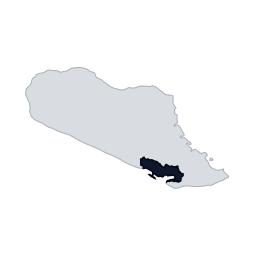 Madagascar, with Analanjirofo highlighted, rotated 98°
{"feature_id": "MDG-5863", "entity_name": "Analanjirofo", "entity_type": "Autonomous Province", "adm_level": 1, "iso_a3": "MDG", "parent_name": "Madagascar", "parent_adm1": "", "projection": "albers", "projection_center": [49.502, -16.347], "detail": "fine", "context": "in_parent", "style": "filled", "palette": "ink", "viewbox_px": 256, "rotation_deg": 98, "n_neighbors": 0, "source": "natural_earth", "source_scale": "10m", "svg_char_len": 6669}
<svg xmlns="http://www.w3.org/2000/svg" viewBox="0 0 256 256"><g transform="rotate(98 128 128)"><path d="M166.9,27.3L167.6,28.9L168.4,30.5L171.0,34.3L172.1,35.8L173.0,37.3L173.5,40.5L175.1,45.3L176.6,52.6L177.0,60.1L177.5,63.5L178.7,66.7L180.6,70.1L181.2,73.8L180.0,77.6L178.3,81.2L177.8,81.9L177.0,82.8L176.7,82.8L175.3,81.9L174.2,80.3L172.8,76.7L172.2,74.9L171.7,74.6L170.0,74.8L168.8,75.9L168.6,76.6L168.8,78.7L169.3,80.5L169.5,82.3L169.5,84.7L170.0,85.4L170.6,86.0L171.3,87.5L171.4,91.1L171.0,93.0L169.8,94.5L169.9,95.4L170.3,96.3L169.9,96.8L168.4,97.5L167.7,98.1L166.9,99.7L165.5,103.0L165.3,104.7L166.2,109.8L166.0,113.4L164.2,120.3L163.3,123.5L161.9,127.4L159.7,132.6L157.6,139.1L155.9,145.7L154.6,149.7L153.1,153.7L151.1,160.6L149.4,167.7L146.8,175.5L143.4,184.1L143.0,185.2L142.3,189.7L141.5,193.5L140.6,197.3L138.7,203.5L138.5,205.5L138.1,207.3L136.2,211.3L135.4,212.7L134.9,214.3L134.6,216.2L134.0,218.1L132.7,221.6L130.7,224.6L129.3,225.7L126.3,227.3L124.7,227.7L121.3,227.8L118.1,228.7L114.7,230.5L111.4,232.5L110.2,233.5L108.8,234.1L104.4,234.3L103.1,233.9L98.7,230.7L97.0,230.2L93.8,229.9L92.8,229.6L91.9,229.2L90.6,227.5L88.0,226.2L87.3,225.7L86.9,224.8L86.6,223.7L85.9,222.5L85.4,220.3L84.5,218.7L82.0,215.9L81.7,215.0L81.5,212.1L81.5,210.0L81.1,206.3L81.4,204.6L82.2,203.0L81.8,201.3L80.8,199.5L80.4,197.7L79.7,196.0L77.1,193.1L76.5,191.6L76.0,190.1L74.9,185.3L74.8,183.6L74.8,180.0L75.1,178.2L75.7,176.9L75.8,175.9L76.2,175.1L76.8,174.4L77.1,173.6L77.9,169.1L79.1,168.0L80.9,167.4L82.3,166.1L83.0,164.5L83.8,161.2L85.9,157.8L86.7,156.1L88.4,153.4L89.9,149.7L90.4,148.0L90.7,146.2L91.0,142.3L91.2,140.3L91.1,138.4L90.2,136.4L87.9,132.9L87.8,132.2L87.9,129.6L87.6,127.6L86.8,125.7L85.7,124.0L84.6,120.6L83.9,115.0L84.0,113.0L83.6,111.2L82.8,109.5L83.3,106.5L89.7,95.5L89.8,94.2L89.5,90.9L89.6,89.0L89.8,88.2L90.3,87.8L91.4,87.6L96.8,87.0L97.5,86.6L98.8,85.7L100.7,83.9L101.5,83.3L102.2,83.5L102.7,84.3L103.3,84.7L105.5,83.8L106.3,83.8L107.2,83.9L107.6,83.2L107.8,82.2L108.1,81.5L108.7,81.1L111.5,80.8L113.3,80.5L115.6,79.7L116.1,79.9L118.0,82.3L118.6,82.5L119.3,82.6L119.9,82.2L118.4,80.9L118.2,80.1L118.2,79.3L119.0,77.5L120.4,76.1L123.4,74.0L126.5,71.6L127.4,71.4L128.2,71.8L128.8,74.6L128.7,75.0L129.2,75.1L129.8,74.7L130.3,73.6L130.3,72.7L129.9,71.7L129.7,71.0L129.7,70.3L131.2,68.6L132.5,67.0L133.1,65.1L133.6,64.2L134.9,63.2L135.3,63.3L135.6,64.1L135.8,65.0L135.4,65.8L134.9,66.7L134.8,67.8L135.5,68.0L136.2,67.7L137.2,65.7L138.4,63.8L139.1,62.8L140.0,62.1L141.4,62.2L142.9,62.6L140.5,60.6L139.9,57.9L142.7,53.1L142.7,52.1L143.1,51.8L143.3,51.4L141.8,49.8L141.5,49.0L141.7,47.8L142.4,46.7L143.0,46.0L143.9,45.7L144.6,46.1L146.2,47.4L147.2,47.6L148.5,46.3L149.5,44.7L151.0,43.6L152.8,42.9L155.5,40.4L157.2,35.2L157.4,33.7L157.0,31.8L156.3,30.1L155.3,27.9L155.6,27.4L157.0,27.7L157.5,27.4L159.1,25.4L161.8,21.7L162.6,21.7L163.4,22.4L163.7,23.4L164.2,24.2L166.0,26.0L166.9,27.3ZM148.5,42.0L148.5,42.6L146.5,42.3L146.2,40.4L147.2,40.3L147.4,39.5L148.0,39.4L148.6,41.1L148.5,42.0ZM172.9,97.7L171.2,100.6L171.6,98.2L173.6,94.7L174.2,94.4L172.9,97.7Z" fill="#d9dde1" stroke="#a8b0b8" stroke-width="1"/><path d="M175.8,82.2L175.5,82.2L174.7,81.6L174.5,81.2L174.3,80.8L174.3,80.0L174.2,79.9L173.8,79.6L173.6,79.4L173.5,79.2L173.4,79.0L173.3,78.8L173.3,78.5L173.3,78.2L173.5,77.8L173.5,77.6L173.4,77.3L173.3,77.2L173.2,77.2L172.9,77.2L172.4,76.5L172.4,76.3L172.5,75.9L172.5,75.6L172.4,74.8L172.4,74.7L172.5,74.6L172.4,74.4L172.0,74.3L171.6,74.5L171.1,74.6L170.1,74.6L169.6,74.7L169.3,75.0L168.4,76.3L168.4,76.7L168.7,77.6L168.7,77.8L168.7,78.0L168.6,78.5L168.8,78.8L169.0,79.0L169.1,79.6L169.3,80.1L169.4,80.9L169.6,81.4L169.8,81.8L169.8,82.0L169.7,82.5L169.2,83.3L169.1,83.8L169.1,84.3L169.2,84.8L169.4,85.3L169.7,85.6L170.7,86.0L171.2,86.3L171.5,86.8L171.6,87.2L171.3,88.7L171.2,89.3L171.3,89.9L171.6,90.1L171.8,90.5L171.7,91.1L171.6,91.3L171.6,92.0L170.8,93.6L170.3,94.1L169.7,94.6L169.7,95.3L169.8,95.7L170.0,96.0L170.3,96.3L170.7,96.5L171.0,96.5L171.4,96.5L171.0,96.7L170.5,96.9L169.6,97.1L169.2,97.3L168.5,97.3L168.2,97.4L167.9,97.6L167.7,97.8L166.7,99.9L166.0,101.8L165.3,103.7L165.1,104.8L165.2,105.0L165.6,105.8L165.9,107.3L163.7,107.5L163.2,108.7L163.2,109.9L161.3,110.5L159.0,110.7L157.0,111.1L156.6,109.7L155.1,108.9L154.7,108.1L156.0,107.1L156.8,105.1L155.8,104.0L156.6,102.2L156.2,99.6L157.1,97.3L157.1,95.9L157.5,94.2L158.2,94.0L158.3,94.0L158.5,93.9L158.5,93.7L158.4,93.5L158.3,93.4L158.3,93.2L158.4,92.9L158.5,92.8L158.6,92.7L158.8,92.5L159.0,92.1L159.1,91.7L159.3,91.4L159.3,91.2L159.3,90.9L159.5,90.8L159.7,90.7L159.8,90.7L160.4,90.4L160.7,90.2L160.9,89.8L160.9,89.7L161.0,89.6L161.0,89.3L161.9,87.6L162.0,87.4L162.0,87.2L161.9,86.9L161.9,86.6L161.9,86.4L161.7,86.3L161.6,86.2L161.4,86.2L160.8,86.1L160.3,86.1L158.9,85.4L158.8,85.2L159.0,84.6L159.2,84.0L159.3,83.5L159.4,83.3L159.5,83.2L159.9,82.8L160.1,82.5L160.3,82.1L160.3,81.9L160.3,81.6L160.1,80.7L160.0,80.4L159.9,80.1L159.6,79.7L159.6,79.4L159.6,79.2L159.8,78.5L160.0,76.6L160.0,76.4L160.0,76.2L159.9,76.1L159.9,75.8L160.0,75.7L160.3,75.4L160.4,75.2L160.5,75.1L160.5,74.9L160.4,74.8L160.2,74.9L159.9,74.7L159.7,74.8L159.4,74.8L159.3,74.7L159.2,74.6L159.1,74.4L159.0,74.1L158.9,73.8L158.9,73.7L158.9,73.4L159.0,73.3L159.1,73.2L159.6,73.1L159.8,73.1L160.0,73.1L160.3,73.1L160.9,72.8L161.2,72.7L161.3,72.7L161.5,72.5L161.6,72.4L161.8,72.2L162.0,72.1L162.4,72.1L162.5,72.1L163.0,71.8L163.2,71.7L163.3,71.7L163.5,71.5L163.6,71.4L164.0,71.5L164.3,71.4L164.4,71.2L164.5,71.1L164.5,70.9L164.4,70.7L164.3,70.4L164.3,70.2L164.5,70.0L164.8,70.1L165.0,70.1L165.3,70.1L165.5,70.0L165.6,69.9L165.6,69.5L165.6,69.3L165.6,69.2L165.5,68.9L165.6,68.7L165.7,68.4L165.7,68.1L165.7,67.9L165.6,67.6L165.6,67.3L165.7,67.2L165.8,67.0L166.3,67.3L166.5,67.4L166.8,67.4L167.1,66.9L167.3,66.8L167.5,66.8L168.5,67.6L168.8,67.9L168.9,68.2L169.3,68.6L169.5,68.8L170.9,68.4L171.0,68.3L171.4,68.4L172.1,68.5L172.3,68.5L172.6,68.4L172.8,68.3L173.0,68.4L173.2,68.5L173.5,69.1L174.5,70.4L174.5,70.5L174.4,70.7L174.4,70.8L173.9,71.0L173.7,71.1L173.6,71.3L173.7,71.6L174.1,71.9L174.2,72.1L174.3,72.3L174.2,72.4L174.2,72.5L174.0,72.8L173.9,73.2L173.9,73.4L173.9,73.5L174.0,73.5L174.6,74.5L174.6,74.8L174.6,75.0L174.3,75.7L174.3,75.8L174.3,76.3L174.1,77.0L174.4,77.8L174.6,78.4L174.7,78.9L174.7,79.2L174.8,79.4L174.9,79.5L175.0,79.7L175.1,79.9L175.1,80.0L175.1,80.3L175.7,82.1L175.8,82.2L175.8,82.2ZM173.2,95.7L173.2,95.3L173.3,95.0L173.4,94.8L173.6,94.7L174.2,94.3L174.1,94.7L173.6,95.9L173.2,97.1L172.4,98.7L171.9,99.4L171.5,100.3L171.2,100.7L171.1,100.3L171.1,99.9L171.5,99.1L171.6,98.9L171.6,98.7L171.6,98.2L171.7,97.9L171.8,97.7L172.1,97.3L173.2,95.7Z" fill="#0f172a" stroke="#020617" stroke-width="1.5"/></g></svg>